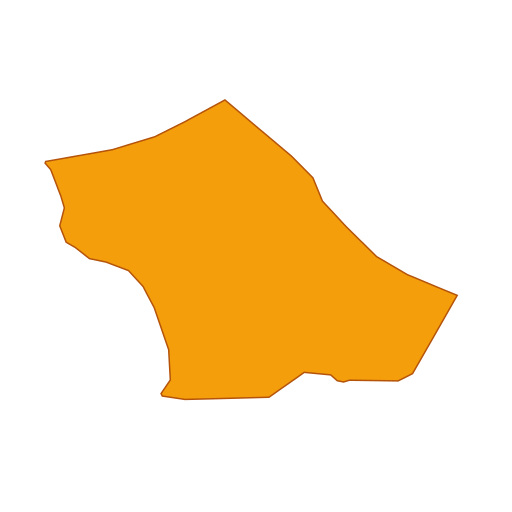 the district of Yarpea Mahn, Nimba, Liberia, rotated 66°
{"feature_id": "62588387B64952289701703", "entity_name": "Yarpea Mahn", "entity_type": "district", "adm_level": 2, "iso_a3": "LBR", "parent_name": "Liberia", "parent_adm1": "Nimba", "projection": "mercator", "projection_center": [-8.674, 7.231], "detail": "fine", "context": "isolated", "style": "filled", "palette": "amber", "viewbox_px": 512, "rotation_deg": 66, "n_neighbors": 0, "source": "geoboundaries", "source_scale": "gbopen_adm2", "svg_char_len": 1088}
<svg xmlns="http://www.w3.org/2000/svg" viewBox="0 0 512 512"><g transform="rotate(66 256 256)"><path d="M84.1,409.7L85.4,410.9L93.6,408.4L110.9,409.3L113.6,409.5L121.9,409.9L134.1,411.5L148.6,423.0L166.2,423.8L169.0,421.8L174.6,417.7L190.7,409.2L192.4,406.8L200.6,395.4L205.4,390.6L217.5,378.4L238.1,371.5L240.5,371.4L245.6,371.1L261.8,370.0L294.7,372.9L306.2,373.9L310.6,375.6L334.4,384.7L343.1,398.7L345.8,398.6L358.1,379.3L366.4,359.4L390.3,301.6L388.5,292.5L387.7,288.6L383.6,267.5L381.9,259.3L395.0,236.1L398.1,234.7L403.0,232.5L404.6,230.2L406.7,227.3L406.8,226.4L407.5,221.1L418.4,197.5L427.9,177.0L427.4,165.7L427.3,163.9L427.1,160.8L404.4,129.8L383.6,101.5L382.7,100.3L373.8,88.2L369.3,92.5L355.4,105.7L334.6,125.3L331.7,127.4L316.6,138.2L315.3,139.1L305.6,146.1L286.9,153.4L284.8,154.3L266.6,161.4L262.7,162.8L255.3,165.3L232.9,173.0L230.2,172.9L207.7,172.2L179.4,182.9L171.1,186.9L148.0,198.1L140.9,201.6L100.8,220.9L104.0,261.8L104.4,266.0L104.7,273.3L105.6,293.4L105.9,299.9L102.8,324.8L100.5,343.8L84.1,409.7Z" fill="#f59e0b" stroke="#b45309" stroke-width="1.5"/></g></svg>